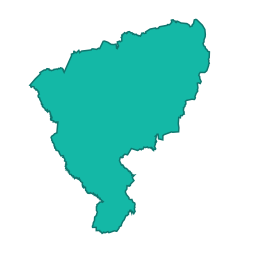 the district of Wang Nam Yen, Sa Kaeo, Thailand, rotated 172°
{"feature_id": "78962969B24395616266318", "entity_name": "Wang Nam Yen", "entity_type": "district", "adm_level": 2, "iso_a3": "THA", "parent_name": "Thailand", "parent_adm1": "Sa Kaeo", "projection": "equal_earth", "projection_center": [102.114, 13.545], "detail": "fine", "context": "isolated", "style": "filled", "palette": "teal", "viewbox_px": 256, "rotation_deg": 172, "n_neighbors": 0, "source": "geoboundaries", "source_scale": "gbopen_adm2", "svg_char_len": 5866}
<svg xmlns="http://www.w3.org/2000/svg" viewBox="0 0 256 256"><g transform="rotate(172 128 128)"><path d="M37.8,186.4L36.8,192.1L38.4,192.9L39.0,194.7L40.2,195.9L40.4,197.9L41.6,198.9L41.9,201.5L40.8,202.6L40.5,204.7L38.9,207.6L38.4,210.0L38.2,214.9L40.1,219.5L44.9,225.7L45.7,226.1L47.3,225.8L48.6,222.3L50.1,221.1L50.2,220.2L52.4,219.6L53.2,221.6L55.2,223.2L60.9,224.6L64.2,226.9L65.0,226.9L65.1,226.0L65.6,225.7L66.2,226.1L65.9,226.8L66.2,227.2L67.9,227.9L68.0,228.7L69.2,228.9L70.1,228.7L69.9,226.7L72.4,224.5L74.5,224.9L75.0,224.2L82.5,223.9L83.8,223.0L83.9,222.4L86.6,222.5L86.8,223.2L92.3,222.9L97.2,220.7L97.1,219.5L98.9,219.3L99.5,220.0L100.6,219.7L100.9,220.0L102.9,217.2L104.1,217.9L104.8,217.8L105.3,218.5L105.9,218.4L106.8,219.7L108.7,219.6L109.2,220.5L110.1,220.3L110.1,220.9L110.9,221.8L111.9,221.8L113.1,223.2L114.6,223.3L115.6,222.2L116.0,222.5L116.3,221.8L118.2,222.9L118.9,222.0L119.9,221.7L120.8,220.2L121.2,220.5L121.2,219.1L122.1,218.7L121.7,217.5L122.0,215.2L123.7,214.5L124.2,215.2L126.6,214.7L126.4,211.7L125.9,210.6L126.1,210.2L126.4,210.7L126.7,210.5L127.5,208.1L128.2,208.5L128.1,212.7L130.6,212.6L133.2,213.2L136.0,215.7L139.1,217.3L140.5,217.3L145.0,210.6L146.1,211.1L148.1,210.2L151.9,211.3L152.9,211.2L153.7,210.4L163.2,210.6L165.3,209.3L165.9,211.7L168.9,209.6L170.5,211.4L171.0,211.4L171.2,209.5L173.7,209.0L173.9,207.3L183.5,192.0L184.2,194.1L184.0,195.1L184.6,195.3L184.8,196.2L186.4,197.0L187.2,196.2L188.5,196.7L189.8,195.9L190.7,196.4L192.6,196.1L193.0,196.4L193.8,195.8L196.0,195.5L196.5,196.1L197.4,196.0L198.0,197.4L198.6,197.0L199.0,197.8L200.0,198.0L201.6,196.8L202.9,197.1L207.5,195.1L207.1,193.8L213.0,189.5L219.2,184.0L218.4,183.6L218.5,182.3L218.1,181.8L217.2,182.4L215.6,182.0L215.2,181.4L215.3,180.4L214.3,179.4L213.7,179.4L213.7,178.3L212.8,178.4L212.1,177.4L211.9,176.0L211.5,176.1L211.6,175.2L211.2,173.9L212.3,173.1L212.6,172.2L212.3,170.7L211.3,170.0L211.3,168.5L210.2,165.6L210.4,163.8L210.0,163.1L209.6,163.4L209.3,163.0L209.8,161.6L208.9,160.1L207.7,159.1L207.3,157.2L206.0,157.0L206.3,156.4L206.1,156.1L205.4,156.9L205.2,155.2L204.6,155.7L204.1,155.3L203.4,155.6L202.8,153.3L203.2,152.7L202.7,152.3L202.7,151.1L203.0,150.8L202.4,150.5L202.7,150.0L201.8,149.3L202.0,148.7L202.3,149.2L202.5,148.4L203.0,148.8L203.3,148.2L203.4,147.3L202.8,147.3L203.0,146.4L200.7,145.5L201.1,144.5L200.0,144.5L198.8,143.4L198.3,143.9L197.7,143.1L197.5,143.7L196.6,143.7L199.1,133.1L201.6,132.4L202.7,131.4L204.6,130.5L205.5,129.4L205.0,127.1L205.2,126.3L204.6,125.5L204.7,124.2L204.2,124.0L203.4,122.0L203.7,120.7L203.0,119.4L203.3,119.1L203.2,118.2L202.6,118.0L202.3,115.9L200.4,115.3L199.7,113.8L199.4,113.8L199.4,112.4L198.2,109.7L196.1,109.7L195.8,109.1L196.5,108.1L195.8,107.9L195.0,106.2L194.9,105.2L195.4,104.3L193.8,102.8L194.5,101.8L194.0,101.2L194.7,100.5L194.1,100.1L195.1,99.4L194.9,98.5L195.3,98.4L194.8,97.6L195.3,96.6L194.3,96.4L194.8,95.3L194.1,95.5L194.0,94.4L193.2,94.7L192.9,94.3L193.0,93.4L192.5,93.8L192.1,92.7L192.6,91.6L192.0,90.2L190.6,89.8L190.4,88.6L189.4,88.3L189.2,87.2L188.6,87.7L188.0,85.5L187.4,86.1L186.8,85.7L186.3,86.3L185.6,86.0L185.2,86.5L185.6,85.3L185.4,84.9L184.1,84.1L184.0,85.0L183.4,85.2L183.0,83.6L183.6,82.8L183.0,83.2L182.4,82.8L182.3,81.7L180.7,80.2L181.1,78.9L181.1,77.8L180.6,77.1L181.1,76.9L181.0,76.0L180.3,75.1L179.8,76.1L179.2,75.0L178.4,75.1L178.6,72.1L177.8,71.5L177.9,70.5L176.8,69.8L177.0,69.2L175.6,68.6L174.3,69.2L173.8,68.4L172.7,68.4L172.0,67.5L171.2,68.1L171.0,67.1L170.6,67.0L170.7,66.2L169.6,66.5L169.6,65.5L169.0,65.6L168.4,64.7L167.8,65.6L167.4,64.2L167.6,63.4L166.6,63.3L166.3,62.0L165.3,62.1L165.5,60.9L164.5,60.6L164.0,59.1L163.6,59.4L162.8,58.5L163.7,58.1L163.9,58.6L166.6,58.4L167.5,57.3L169.4,56.5L169.5,55.1L170.2,54.5L170.7,50.6L170.1,49.6L170.1,48.8L171.2,46.7L171.3,45.9L173.4,44.4L174.1,40.9L175.5,39.0L176.3,36.4L176.9,35.8L176.9,34.5L173.3,34.0L173.7,30.8L170.3,30.4L170.1,29.3L168.9,28.5L168.3,27.3L166.5,28.2L166.3,27.7L164.7,27.5L162.3,28.2L161.7,27.1L160.8,27.1L155.9,28.1L153.5,27.3L150.9,30.0L150.4,31.3L148.2,32.2L147.9,33.5L146.2,36.2L144.5,37.7L142.7,40.8L142.0,41.6L141.2,41.4L139.5,42.5L139.3,44.6L138.0,44.9L137.8,45.8L137.0,45.3L137.0,46.2L136.6,46.2L136.1,43.2L135.6,44.5L135.1,44.7L134.2,42.4L132.5,44.6L133.0,45.3L132.8,47.8L132.2,48.5L132.4,49.7L131.7,51.3L131.8,52.7L133.5,54.0L134.1,56.7L135.6,56.7L137.0,57.8L136.8,59.0L138.8,62.2L139.5,64.7L139.2,66.2L137.7,67.6L137.0,71.0L135.0,70.3L134.9,70.9L133.7,70.7L133.2,72.2L129.4,75.1L130.3,77.0L130.5,78.6L128.4,80.3L129.2,80.2L129.7,81.0L130.8,80.6L130.8,82.9L132.0,83.4L131.8,84.2L132.4,85.1L133.4,85.0L134.2,87.0L135.6,88.4L136.7,88.6L136.9,89.4L137.7,89.9L137.6,90.6L138.4,92.2L139.1,91.8L139.7,92.4L141.0,96.8L140.0,99.5L139.0,100.3L138.2,99.4L137.0,99.6L136.8,101.2L134.8,102.5L132.2,101.5L127.5,107.2L121.5,104.4L119.2,105.5L117.9,104.7L117.7,105.2L116.0,105.1L115.0,106.8L113.5,106.2L111.3,106.5L110.8,105.6L107.5,105.5L107.2,105.0L107.5,104.7L106.9,104.6L107.1,104.0L106.1,103.3L106.5,102.9L105.8,102.2L105.4,103.5L104.0,103.0L103.5,103.5L104.3,106.1L103.1,108.2L103.0,110.2L102.6,110.5L102.3,109.8L101.6,110.6L102.3,112.8L101.2,115.5L102.1,116.1L100.6,116.9L100.1,117.8L99.1,117.6L99.2,113.0L95.2,111.4L94.5,115.6L93.2,116.4L85.4,118.1L84.4,117.6L78.4,117.2L77.6,121.1L77.6,125.3L76.3,131.4L74.7,130.8L74.2,133.0L72.6,132.7L71.7,133.7L70.4,134.0L70.7,134.8L70.3,135.2L70.7,135.7L70.3,136.6L70.7,137.1L70.6,138.4L70.1,139.4L70.3,140.2L68.7,141.4L68.1,143.3L67.5,143.5L67.2,144.6L67.4,146.4L66.1,147.2L60.7,147.6L58.3,147.0L57.8,147.5L57.1,148.6L57.4,149.6L55.7,152.8L53.8,154.9L54.1,156.2L53.6,156.8L53.2,158.2L53.1,162.7L51.8,162.9L50.3,162.0L49.1,163.8L50.0,166.9L49.9,169.1L50.6,170.1L49.9,171.8L48.7,173.0L44.3,172.3L42.0,173.8L39.5,178.6L39.3,179.8L38.5,180.7L38.9,182.3L38.5,183.8L38.8,184.9L37.8,186.4Z" fill="#14b8a6" stroke="#0f766e" stroke-width="1.5"/></g></svg>